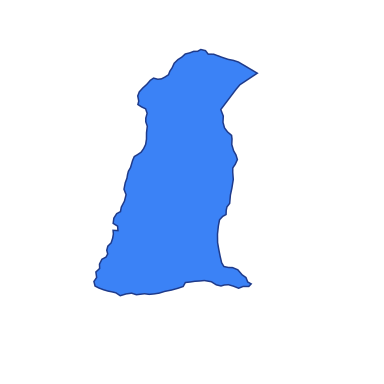 Mampituba, Rio Grande do Sul, Brazil, rotated 308°
{"feature_id": "56859067B96169030602258", "entity_name": "Mampituba", "entity_type": "district", "adm_level": 2, "iso_a3": "BRA", "parent_name": "Brazil", "parent_adm1": "Rio Grande do Sul", "projection": "robinson", "projection_center": [-50.01, -29.274], "detail": "fine", "context": "isolated", "style": "filled", "palette": "blue", "viewbox_px": 384, "rotation_deg": 308, "n_neighbors": 0, "source": "geoboundaries", "source_scale": "gbopen_adm2", "svg_char_len": 1894}
<svg xmlns="http://www.w3.org/2000/svg" viewBox="0 0 384 384"><g transform="rotate(308 192 192)"><path d="M152.5,294.9L156.0,295.2L155.4,291.3L157.8,287.2L157.6,282.4L158.9,276.0L157.4,270.5L154.9,267.1L152.9,263.0L154.5,258.9L158.7,253.7L163.1,248.6L167.9,243.3L174.5,238.0L181.6,233.6L187.1,230.8L191.7,231.2L195.2,232.7L198.7,230.2L201.8,228.7L206.2,228.7L213.3,224.1L219.5,221.1L227.3,216.8L232.8,211.8L236.1,209.3L240.5,209.0L245.5,207.8L248.3,203.8L250.1,199.4L253.9,194.1L258.4,190.9L261.0,188.3L261.2,183.1L262.5,178.2L266.0,173.5L271.1,169.9L274.7,163.9L299.9,163.5L306.0,163.7L325.8,170.3L323.0,148.6L321.2,143.6L318.8,138.9L316.5,132.4L313.9,124.2L310.6,119.9L311.7,115.6L309.7,111.2L306.3,109.8L303.8,106.7L300.3,104.6L296.6,101.7L291.9,100.9L287.7,99.4L282.5,98.7L277.6,99.9L273.5,100.2L269.9,101.3L265.9,99.9L262.4,98.3L259.8,95.7L258.1,91.6L254.4,90.4L248.9,90.1L243.8,89.2L238.5,88.8L234.3,90.1L230.8,94.1L227.6,95.5L228.0,99.9L229.0,104.2L226.4,108.2L221.8,110.1L218.9,112.3L216.3,116.3L210.8,119.6L205.6,123.6L200.9,126.2L196.3,127.2L192.0,127.4L188.0,126.1L184.4,124.7L180.5,125.7L176.7,127.2L173.4,128.5L169.2,129.1L166.0,130.5L162.9,132.2L158.2,133.7L152.3,136.7L149.3,141.7L143.2,144.4L136.6,145.6L132.5,147.7L128.6,146.0L123.3,146.5L118.7,149.2L119.3,154.4L116.0,157.4L113.2,153.4L110.5,155.9L106.8,157.9L102.1,159.6L97.5,159.0L93.6,160.7L91.3,163.7L87.8,164.3L83.5,162.4L78.2,163.5L74.9,166.3L69.8,165.5L65.9,169.5L61.1,169.8L58.2,173.5L59.0,177.7L60.5,182.5L62.2,186.8L64.0,190.3L65.7,194.1L66.1,199.3L71.1,202.8L75.1,206.7L76.8,211.4L80.0,214.6L82.6,217.2L85.0,221.3L88.3,224.8L92.0,228.3L96.9,231.7L102.1,236.2L107.5,240.2L112.1,243.2L116.6,242.5L120.1,246.1L123.3,249.1L126.4,252.6L129.9,256.3L133.2,262.5L133.8,268.3L135.8,272.7L138.7,274.8L141.4,277.8L143.3,282.6L144.9,288.0L149.0,290.4L152.5,294.9Z" fill="#3b82f6" stroke="#1e3a8a" stroke-width="1.5"/></g></svg>